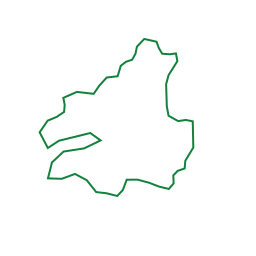 outline of Străşeni, rotated 127°
{"feature_id": "MDA-1647", "entity_name": "Străşeni", "entity_type": "District", "adm_level": 1, "iso_a3": "MDA", "parent_name": "Moldova", "parent_adm1": "", "projection": "natural_earth1", "projection_center": [28.587, 47.172], "detail": "fine", "context": "isolated", "style": "outline", "palette": "green", "viewbox_px": 256, "rotation_deg": 127, "n_neighbors": 0, "source": "natural_earth", "source_scale": "10m", "svg_char_len": 814}
<svg xmlns="http://www.w3.org/2000/svg" viewBox="0 0 256 256"><g transform="rotate(127 128 128)"><path d="M198.3,114.8L194.5,129.5L196.6,142.7L208.4,150.3L216.4,161.6L201.3,168.0L185.6,165.3L170.7,150.8L154.4,142.4L154.7,155.1L179.7,175.5L192.2,180.0L184.6,196.0L170.5,196.6L162.2,191.7L153.6,188.7L147.6,192.5L142.8,197.8L129.9,190.5L121.4,176.0L111.5,176.4L100.5,175.4L92.9,167.4L82.7,171.2L76.4,169.5L71.0,165.8L64.2,166.7L57.7,169.8L47.1,168.6L41.9,157.1L45.5,151.7L48.1,145.4L43.9,138.9L39.6,134.6L44.9,128.8L61.4,127.4L70.1,123.9L87.4,110.0L93.8,103.0L92.3,92.1L86.8,86.7L83.7,80.3L104.3,64.1L119.7,62.5L126.2,58.4L132.3,62.5L138.6,63.3L144.8,58.2L152.1,58.7L156.1,67.9L159.1,78.4L163.5,89.3L170.1,97.9L180.7,94.8L188.8,95.7L193.0,105.8L198.3,114.8Z" fill="none" stroke="#15803d" stroke-width="2"/></g></svg>